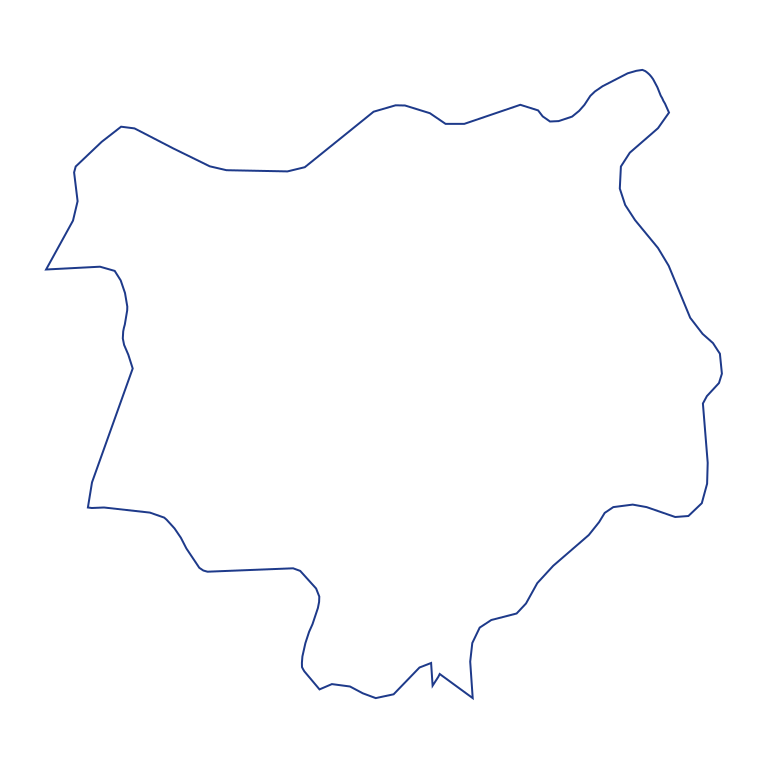 SVG path tracing the border of Chiquimula
{"feature_id": "GTM-1960", "entity_name": "Chiquimula", "entity_type": "Department", "adm_level": 1, "iso_a3": "GTM", "parent_name": "Guatemala", "parent_adm1": "", "projection": "mercator", "projection_center": [-89.408, 14.682], "detail": "fine", "context": "isolated", "style": "outline", "palette": "blue", "viewbox_px": 768, "rotation_deg": 0, "n_neighbors": 0, "source": "natural_earth", "source_scale": "10m", "svg_char_len": 1725}
<svg xmlns="http://www.w3.org/2000/svg" viewBox="0 0 768 768"><path d="M472.7,698.1L439.7,674.0L438.4,676.7L432.6,685.7L431.1,663.0L419.5,667.5L393.6,694.3L375.7,698.1L362.8,693.3L350.0,686.5L331.9,684.1L319.5,689.4L319.1,688.9L304.3,671.3L302.9,668.9L302.0,667.1L301.9,662.9L302.4,656.5L305.4,643.1L309.1,631.8L312.5,624.2L317.9,608.0L319.1,601.9L319.3,596.6L316.1,588.5L300.2,570.9L293.1,568.3L207.5,571.7L203.3,570.5L199.3,567.8L186.4,548.5L180.9,537.8L174.5,528.4L166.6,519.7L164.2,517.6L149.9,512.6L104.0,507.5L91.8,508.0L87.9,507.5L92.0,482.4L132.7,368.5L128.3,354.7L124.1,344.9L122.8,338.4L123.2,331.4L123.9,327.9L124.8,324.6L127.2,310.3L127.3,306.6L125.0,293.0L120.7,280.4L114.7,270.9L100.0,266.7L46.1,269.5L73.0,220.6L77.6,201.2L74.1,172.4L75.7,166.5L101.7,141.8L121.1,126.7L134.5,128.4L173.2,148.4L209.7,166.3L226.5,170.2L287.5,171.4L304.8,167.2L373.6,111.7L395.6,105.3L405.0,105.5L429.9,113.2L445.6,123.9L464.2,123.9L520.3,104.8L538.1,110.4L542.7,116.4L550.0,121.5L558.6,121.1L572.1,116.6L579.1,110.9L584.4,104.9L590.3,95.9L594.9,91.5L602.6,86.2L627.7,73.3L636.4,70.8L642.4,69.9L645.3,71.1L647.4,72.7L649.5,74.6L651.3,76.7L653.1,79.2L657.4,87.3L660.7,95.6L662.2,98.2L663.4,100.9L665.0,103.6L668.6,111.7L669.0,112.6L658.0,128.2L629.8,152.7L620.9,166.5L619.8,188.6L625.2,205.0L635.1,220.2L658.0,248.0L668.7,265.8L690.2,317.8L702.6,333.9L713.0,343.1L717.9,350.7L719.9,353.7L721.9,373.7L719.0,383.0L706.9,396.1L702.9,403.5L707.7,462.8L707.1,483.7L701.8,503.2L688.4,516.0L675.2,517.0L646.6,507.1L632.7,504.6L613.3,507.1L604.7,512.9L599.1,522.1L588.8,535.0L553.2,565.8L537.3,583.1L526.0,603.5L516.6,613.5L491.3,620.0L479.7,627.6L472.3,643.0L470.2,661.6L472.7,698.1Z" fill="none" stroke="#1e3a8a" stroke-width="2"/></svg>